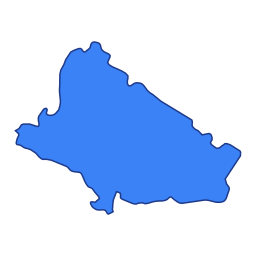 Bjelovarsko-bilogorska, Robinson projection
{"feature_id": "HRV-1607", "entity_name": "Bjelovarsko-bilogorska", "entity_type": "County", "adm_level": 1, "iso_a3": "HRV", "parent_name": "Croatia", "parent_adm1": "", "projection": "robinson", "projection_center": [16.948, 45.775], "detail": "fine", "context": "isolated", "style": "filled", "palette": "blue", "viewbox_px": 256, "rotation_deg": 0, "n_neighbors": 0, "source": "natural_earth", "source_scale": "10m", "svg_char_len": 2768}
<svg xmlns="http://www.w3.org/2000/svg" viewBox="0 0 256 256"><path d="M94.1,42.0L95.7,42.2L97.3,42.6L98.9,43.2L99.7,43.9L100.3,44.9L100.8,46.7L101.0,47.9L101.3,48.6L102.0,49.9L103.1,51.0L104.5,52.0L108.3,53.8L109.5,54.7L110.1,55.7L110.0,57.0L107.6,62.4L109.0,64.7L112.2,66.7L121.4,70.8L125.5,73.2L127.9,75.8L127.9,78.2L127.4,80.9L127.3,83.2L128.3,85.3L129.3,85.9L130.6,85.8L134.3,83.4L135.8,82.9L137.5,82.8L140.5,83.2L142.4,84.2L144.2,86.1L147.2,90.2L148.6,91.6L149.8,92.7L153.0,94.7L160.9,101.2L191.8,120.0L192.3,121.5L192.3,122.7L192.1,124.9L192.2,125.8L193.1,127.3L194.8,129.0L198.2,130.8L200.4,133.1L201.6,134.2L201.9,134.8L202.3,134.8L209.0,133.5L210.1,133.9L211.1,134.8L211.9,137.0L212.1,138.6L212.0,139.9L210.8,141.9L210.5,142.9L211.1,144.0L212.0,145.1L216.3,148.2L219.0,148.1L220.1,147.4L222.1,145.7L223.3,145.1L224.7,143.8L225.6,143.6L226.9,143.7L228.9,144.3L230.7,145.1L239.9,150.9L240.6,152.2L240.4,155.9L225.2,179.0L226.6,184.0L228.5,186.5L229.0,187.4L229.3,188.6L229.0,190.2L226.2,198.4L225.1,200.1L223.9,201.2L222.1,201.9L219.6,202.3L216.0,202.2L208.3,200.3L205.0,200.0L182.1,203.3L179.6,203.0L177.3,201.8L174.2,199.6L172.2,197.8L171.1,197.0L170.0,197.0L168.5,198.1L167.4,199.3L165.3,200.3L162.4,200.9L157.1,201.1L153.7,201.6L147.8,203.3L145.2,203.7L142.3,202.8L139.2,203.1L137.6,203.4L136.4,204.0L135.0,204.0L132.9,203.6L122.2,199.2L121.3,198.6L120.6,197.9L120.5,196.3L120.6,195.1L120.3,193.7L120.0,192.9L116.5,191.7L113.4,199.8L112.8,204.0L112.8,204.9L112.7,205.5L112.7,206.8L112.4,209.4L113.1,211.7L109.3,213.7L108.1,214.0L107.4,213.5L106.2,211.5L105.3,210.4L103.7,209.8L99.2,210.0L97.2,209.8L95.5,209.2L93.7,208.0L92.0,206.4L90.7,203.8L90.5,202.7L90.9,202.0L91.5,201.9L92.2,201.8L92.9,201.9L93.6,202.1L94.4,202.2L95.4,202.1L99.4,198.5L99.1,197.5L98.0,195.8L94.7,192.0L92.5,188.9L91.9,188.3L91.1,187.9L89.2,187.2L87.8,186.2L86.0,183.6L85.0,181.7L81.8,174.4L80.9,173.2L79.5,172.3L74.0,171.7L71.9,171.1L70.3,170.2L67.9,167.4L66.7,166.5L51.3,160.2L46.7,159.3L42.5,159.3L41.3,158.7L39.2,157.0L35.8,153.1L30.7,149.7L27.8,148.6L25.3,148.1L23.4,147.2L20.8,145.4L18.9,144.8L17.2,144.6L16.5,144.0L16.2,142.8L17.0,139.3L17.8,137.3L18.7,135.5L18.7,133.8L15.4,130.7L19.0,128.6L21.4,124.9L23.3,124.1L29.8,124.1L37.2,126.5L38.6,126.0L39.1,124.6L38.4,120.4L38.3,118.0L38.9,116.1L43.7,109.2L45.2,108.4L46.5,108.5L47.1,109.5L47.0,110.8L46.5,112.2L46.4,113.5L47.2,114.6L48.9,115.3L51.8,115.3L53.8,114.7L55.5,113.6L58.7,109.9L59.9,105.9L60.4,102.3L60.4,100.6L59.5,91.7L59.5,89.0L59.7,86.1L59.9,74.4L60.8,70.2L63.9,64.5L65.7,59.7L68.4,55.6L70.7,52.1L74.5,50.1L78.6,48.6L80.4,48.5L81.8,49.3L82.5,50.7L84.2,52.0L85.2,51.9L85.9,51.3L86.6,50.7L88.7,49.1L89.6,48.2L90.1,47.5L90.9,44.5L91.8,43.0L92.9,42.2L94.1,42.0Z" fill="#3b82f6" stroke="#1e3a8a" stroke-width="1.5"/></svg>